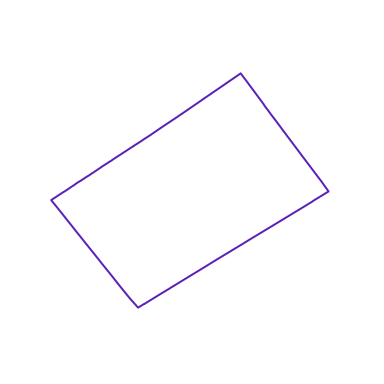 Grindu, Ialomita, Romania, rotated 210°
{"feature_id": "2599482B93740752830620", "entity_name": "Grindu", "entity_type": "district", "adm_level": 2, "iso_a3": "ROU", "parent_name": "Romania", "parent_adm1": "Ialomita", "projection": "natural_earth1", "projection_center": [26.934, 44.758], "detail": "fine", "context": "isolated", "style": "outline", "palette": "violet", "viewbox_px": 384, "rotation_deg": 210, "n_neighbors": 0, "source": "geoboundaries", "source_scale": "gbopen_adm2", "svg_char_len": 1977}
<svg xmlns="http://www.w3.org/2000/svg" viewBox="0 0 384 384"><g transform="rotate(210 192 192)"><path d="M209.2,319.0L210.7,315.8L215.3,306.2L221.3,293.6L227.5,280.7L233.4,268.2L239.7,255.0L240.0,254.5L241.3,251.8L242.5,249.2L243.4,247.4L245.5,243.2L246.0,242.1L247.6,239.0L250.5,233.1L252.6,228.7L256.7,220.1L259.3,215.1L261.6,210.4L267.4,199.1L269.9,194.1L270.2,193.5L275.2,183.7L276.9,180.3L277.2,179.6L277.3,179.2L278.1,177.8L278.3,177.4L278.9,176.4L279.3,175.5L279.9,174.2L280.2,173.8L280.3,173.6L280.7,172.7L281.0,172.3L281.2,171.8L281.6,171.0L282.0,170.3L282.5,169.3L283.2,167.9L283.8,166.4L284.5,165.1L285.1,163.9L285.7,162.6L287.0,159.9L287.8,158.5L288.4,157.2L288.9,156.1L290.0,154.0L291.5,151.2L292.4,149.3L294.3,145.6L294.8,144.8L295.1,144.2L295.8,142.9L296.7,141.2L296.8,140.7L297.4,139.4L299.6,135.0L302.6,128.9L303.8,126.7L304.3,125.7L305.6,123.1L306.8,120.8L307.1,120.1L307.3,119.6L307.5,119.4L309.1,116.2L309.3,115.7L309.6,115.2L309.7,114.9L309.8,114.7L309.7,114.5L309.4,114.4L309.1,114.3L308.8,114.1L307.7,113.7L306.8,113.4L306.6,113.3L305.5,112.9L294.2,108.5L289.1,106.5L287.2,105.7L282.5,103.9L281.2,103.4L271.5,99.5L267.2,97.9L264.8,96.9L263.9,96.6L259.4,94.8L239.6,87.1L234.4,85.0L221.9,80.2L208.8,75.0L200.3,71.7L195.0,69.7L190.6,68.1L187.5,67.1L183.8,65.9L182.2,65.3L181.2,65.0L180.9,65.0L180.6,65.3L180.4,65.8L180.1,66.3L178.1,70.0L177.9,70.4L177.7,70.7L177.5,70.9L177.4,71.0L177.5,71.1L177.2,71.6L176.8,72.2L172.8,79.6L168.2,88.1L141.4,137.3L137.2,145.1L133.9,151.1L133.1,152.5L133.0,152.8L126.6,164.4L121.9,172.9L118.9,178.5L96.9,218.5L82.9,244.1L82.7,244.8L74.1,260.6L74.3,260.9L85.8,266.1L96.9,270.8L115.3,278.6L120.2,280.7L120.4,280.8L127.7,283.9L136.1,287.5L136.5,287.6L141.5,289.8L144.8,291.2L151.9,294.3L161.9,298.5L165.8,300.2L167.2,300.8L169.6,301.8L173.2,303.4L173.5,303.7L180.9,306.9L188.2,310.1L188.4,310.2L194.5,312.8L200.6,315.5L203.6,316.7L208.7,318.9L209.0,319.0L209.2,319.0Z" fill="none" stroke="#5b21b6" stroke-width="2"/></g></svg>